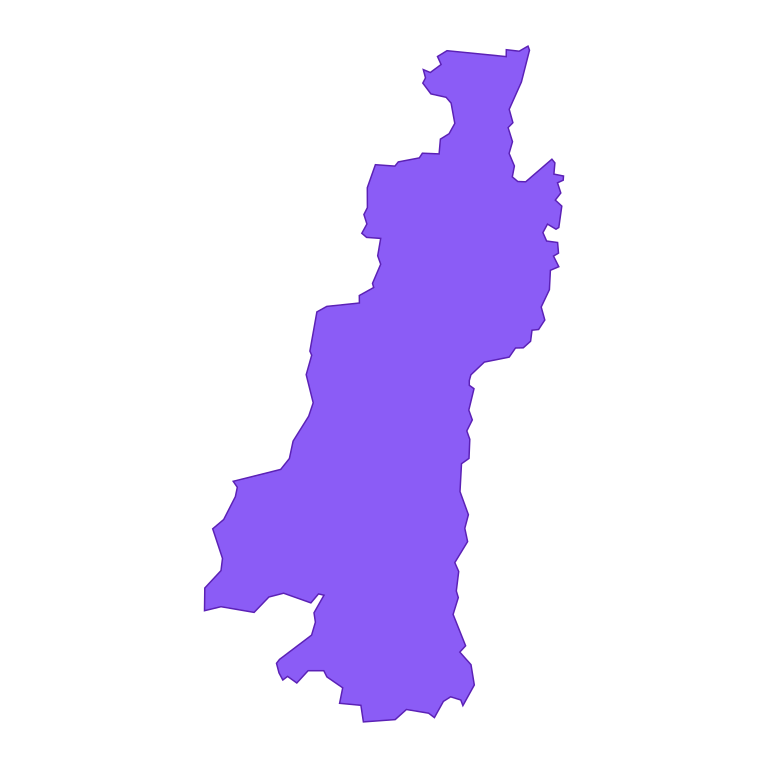 El Zulia, Norte de Santander, Colombia (Natural Earth projection)
{"feature_id": "7082276B69134689190168", "entity_name": "El Zulia", "entity_type": "district", "adm_level": 2, "iso_a3": "COL", "parent_name": "Colombia", "parent_adm1": "Norte de Santander", "projection": "natural_earth1", "projection_center": [-72.603, 8.097], "detail": "medium", "context": "isolated", "style": "filled", "palette": "violet", "viewbox_px": 768, "rotation_deg": 0, "n_neighbors": 0, "source": "geoboundaries", "source_scale": "gbopen_adm2", "svg_char_len": 1917}
<svg xmlns="http://www.w3.org/2000/svg" viewBox="0 0 768 768"><path d="M462.9,705.6L474.3,685.0L471.0,664.7L459.8,652.1L465.6,645.8L453.1,614.4L458.3,597.6L456.3,591.0L458.7,571.5L454.8,562.6L467.6,541.6L464.8,528.3L468.4,514.7L460.0,491.6L461.5,463.7L469.0,458.4L469.8,439.3L466.8,430.9L472.3,419.9L468.8,410.1L474.0,388.7L469.3,385.3L469.3,380.6L470.9,374.8L484.3,362.1L509.2,357.1L515.5,348.0L523.3,347.8L530.6,341.2L532.0,330.2L538.6,329.5L544.8,320.0L541.2,307.0L549.4,289.7L550.4,270.3L558.8,266.7L553.5,256.1L558.5,253.1L557.6,242.5L546.6,241.0L542.9,232.6L547.5,224.1L556.0,229.2L558.8,227.5L561.8,206.1L555.3,200.1L560.8,193.0L557.5,182.8L563.2,180.2L563.5,176.0L553.9,174.1L554.9,162.9L551.9,159.2L525.7,181.8L517.8,181.5L512.3,176.9L514.4,166.0L509.1,153.4L512.5,141.7L508.1,127.6L512.9,122.7L509.2,109.3L521.4,82.0L529.5,50.2L528.0,46.1L519.2,51.2L506.3,49.7L506.2,56.6L447.0,50.7L437.5,56.5L441.1,64.5L430.3,72.5L423.3,69.6L425.5,77.9L422.8,83.1L430.9,93.9L446.1,97.3L451.1,103.1L454.8,123.4L449.1,133.7L440.4,139.1L439.1,153.9L422.4,153.2L419.3,157.9L398.3,161.9L394.9,166.1L375.4,164.7L367.3,187.7L367.4,207.6L363.9,214.5L366.9,224.0L361.8,233.3L366.6,237.4L380.7,238.4L377.7,255.8L380.7,264.2L372.5,283.4L373.7,287.5L359.3,295.5L359.4,303.0L326.8,306.4L316.9,311.9L309.9,351.1L311.7,355.2L306.2,374.7L313.2,402.8L308.7,416.2L293.1,441.1L289.4,458.5L280.7,469.4L233.2,481.3L237.3,487.3L235.4,496.6L223.7,519.5L212.7,528.8L222.5,558.4L221.0,570.6L204.8,588.0L204.5,610.7L221.0,606.7L254.1,612.4L268.9,597.0L283.6,593.2L310.9,602.9L318.5,593.9L324.0,595.2L314.0,612.8L315.4,622.2L311.6,635.1L279.5,659.4L276.5,663.3L279.0,672.9L282.8,680.0L287.6,676.4L296.8,683.0L308.1,670.7L323.8,670.7L326.9,676.9L342.7,687.8L339.6,703.3L360.9,705.3L363.4,721.9L395.2,719.6L406.4,709.5L428.6,713.2L434.4,717.6L443.4,701.4L450.6,696.8L460.8,700.0L462.9,705.6Z" fill="#8b5cf6" stroke="#5b21b6" stroke-width="1.5"/></svg>